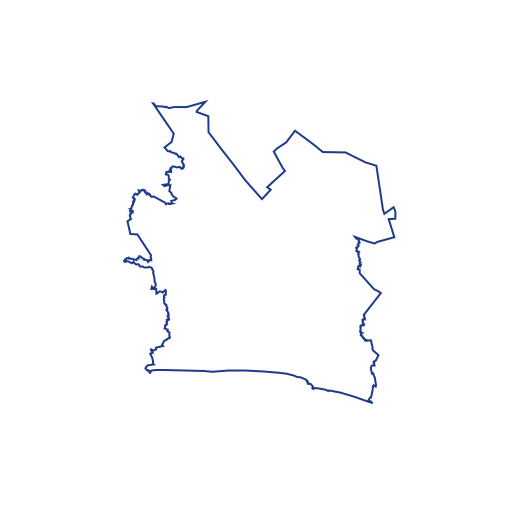 Petatlán, Guerrero, Mexico (Natural Earth projection), rotated 336°
{"feature_id": "50627088B29884383288787", "entity_name": "Petatlán", "entity_type": "district", "adm_level": 2, "iso_a3": "MEX", "parent_name": "Mexico", "parent_adm1": "Guerrero", "projection": "natural_earth1", "projection_center": [-101.255, 17.633], "detail": "fine", "context": "isolated", "style": "outline", "palette": "blue", "viewbox_px": 512, "rotation_deg": 336, "n_neighbors": 0, "source": "geoboundaries", "source_scale": "gbopen_adm2", "svg_char_len": 6142}
<svg xmlns="http://www.w3.org/2000/svg" viewBox="0 0 512 512"><g transform="rotate(336 256 256)"><path d="M402.7,222.5L394.0,214.9L379.9,197.8L359.3,188.2L353.8,177.3L342.6,157.5L329.8,164.5L318.9,166.3L314.7,167.9L316.2,186.5L317.1,190.1L294.2,197.7L296.4,201.4L284.6,206.5L276.9,182.1L272.8,164.0L267.8,144.2L263.0,123.6L269.3,108.9L260.4,100.3L260.8,99.4L272.5,94.5L253.4,91.8L241.5,86.5L237.3,85.7L236.2,85.2L234.6,83.0L233.3,83.0L232.2,81.8L225.6,78.5L224.5,75.0L224.0,74.7L230.6,110.8L225.2,117.5L216.6,119.6L218.0,124.3L219.1,125.1L220.1,125.0L220.6,126.4L221.7,127.6L222.9,128.3L224.0,130.0L224.6,129.9L225.4,131.7L225.8,134.3L227.3,134.3L227.2,134.8L228.2,136.6L229.3,137.3L229.2,137.8L226.7,139.3L226.6,140.2L227.1,142.1L226.8,142.7L227.2,144.0L226.9,144.3L226.4,144.2L226.0,144.8L226.0,145.7L225.3,146.0L224.9,145.8L224.6,146.2L224.2,146.0L223.6,146.2L223.3,146.0L223.0,144.4L222.3,143.5L219.9,143.0L217.5,140.9L216.0,140.2L214.5,141.4L213.7,141.0L213.5,141.4L212.0,142.6L212.8,143.6L213.1,143.6L212.6,144.8L209.6,143.1L208.1,142.9L207.8,143.6L206.8,144.4L206.9,145.0L208.5,145.7L208.9,147.3L207.7,150.2L208.4,151.2L206.8,152.1L205.4,154.7L200.0,153.2L200.8,154.9L203.7,155.3L206.6,156.5L203.2,161.4L204.3,163.8L204.1,165.8L204.6,167.8L206.8,171.1L206.3,171.6L204.5,171.8L201.2,171.3L201.3,171.7L200.1,173.3L200.9,174.0L198.1,173.4L197.7,173.2L197.8,172.5L196.1,171.9L194.8,172.1L194.8,170.6L186.8,160.0L185.1,159.7L184.3,159.1L184.3,157.8L183.9,157.7L183.7,157.2L183.9,156.8L183.2,156.2L183.7,156.0L183.7,155.7L182.7,155.3L182.6,154.4L181.3,155.1L180.5,152.5L181.8,152.8L181.3,152.4L181.4,151.6L180.8,151.0L180.9,150.5L180.4,149.9L178.6,149.2L178.3,149.8L176.9,149.4L175.5,148.4L175.5,150.8L172.5,151.3L172.4,151.6L171.0,149.9L169.8,150.5L170.1,150.2L167.3,152.5L167.5,153.3L167.9,153.7L167.8,154.4L168.4,154.7L167.5,155.9L166.7,155.8L166.6,156.9L166.2,157.3L165.6,156.9L164.4,159.3L163.6,159.2L162.4,160.8L161.5,161.4L161.4,162.0L160.6,161.9L160.9,162.2L160.3,163.3L161.7,164.9L161.1,165.4L161.0,165.9L159.2,164.2L159.0,166.4L158.6,167.0L157.7,166.9L157.1,167.8L156.8,170.0L156.9,171.3L152.7,172.0L150.2,184.9L156.4,188.0L160.4,212.7L159.2,214.2L159.3,215.5L158.5,217.3L157.1,216.3L156.2,216.6L155.8,217.4L154.9,217.5L154.9,215.7L153.2,214.5L152.8,213.5L152.3,213.8L152.0,213.6L151.5,211.6L150.6,210.6L150.1,209.2L149.2,208.7L148.3,209.4L147.7,210.4L147.3,209.8L146.3,210.0L145.3,210.4L145.1,211.1L144.1,210.2L143.0,209.7L142.1,208.4L139.2,207.0L139.1,205.8L137.8,205.9L137.0,205.3L135.6,206.5L135.4,206.6L134.7,206.0L133.3,207.1L133.9,208.1L136.0,208.3L137.0,208.9L138.7,211.1L139.4,211.5L139.8,212.2L141.7,211.5L142.0,213.0L143.1,215.1L144.5,215.3L145.3,215.8L145.8,216.7L145.5,217.6L146.0,218.6L148.3,219.6L149.0,220.7L150.4,221.6L154.7,223.0L155.7,224.1L156.1,225.2L155.7,226.3L156.1,227.0L156.0,228.7L155.3,229.4L154.8,230.9L154.9,231.6L154.7,233.1L154.3,233.9L154.0,235.9L153.6,236.4L153.0,238.3L153.0,241.2L150.2,244.3L149.1,243.3L148.5,241.6L147.0,243.6L151.4,245.5L149.7,249.9L150.7,249.9L153.3,249.1L154.8,249.9L155.8,251.3L159.5,250.3L159.4,251.6L157.7,254.7L156.9,254.2L156.0,254.6L155.3,255.9L155.4,256.8L154.8,256.9L153.9,258.6L153.8,259.9L152.9,262.1L154.2,264.2L153.6,264.7L153.9,265.1L153.8,267.7L152.8,268.0L152.4,268.8L152.8,269.0L152.4,269.6L152.7,269.8L152.6,271.9L152.9,272.1L152.6,272.9L152.1,273.4L152.5,273.8L152.2,274.6L151.1,275.0L151.4,275.3L150.5,276.9L150.5,277.6L151.1,277.5L151.0,278.5L150.2,278.9L149.6,278.2L148.5,278.0L148.0,279.7L147.6,280.4L147.4,280.3L147.2,281.7L146.7,281.6L146.2,282.5L144.8,282.3L144.2,283.9L143.0,285.0L144.7,286.7L144.6,287.1L145.4,287.5L144.5,288.9L145.9,290.5L144.2,293.9L144.2,295.6L140.9,295.7L140.4,296.2L137.8,296.1L134.2,298.8L134.4,300.4L133.2,299.9L132.9,300.1L127.3,299.1L126.7,300.6L124.8,300.8L123.5,300.4L122.3,298.6L121.8,298.8L122.3,302.4L119.7,302.2L119.8,306.8L119.1,310.5L118.0,312.4L118.5,313.5L112.4,311.8L109.8,313.1L109.3,313.6L110.1,316.2L110.4,315.9L110.8,316.1L111.7,317.3L111.3,318.7L111.4,319.6L112.0,319.7L113.5,318.1L114.3,318.2L118.3,319.5L126.8,323.3L161.3,339.7L169.2,344.1L184.0,349.3L200.1,356.5L216.2,364.7L230.5,372.6L235.9,375.9L241.7,380.4L244.4,383.3L247.3,384.9L251.2,389.0L251.2,389.8L251.8,390.2L251.8,391.1L252.1,391.6L251.6,391.8L251.9,393.3L251.4,393.7L252.5,394.6L253.2,394.5L253.9,395.3L254.9,398.3L254.5,399.7L253.7,399.7L253.9,400.5L255.1,400.8L255.3,400.5L256.1,400.6L259.9,402.8L265.5,406.7L267.1,408.8L267.8,408.5L268.3,408.7L277.4,415.0L288.5,424.5L300.0,435.4L300.8,435.8L302.0,437.3L302.3,437.0L301.9,435.8L300.6,434.5L300.1,433.5L302.5,431.9L303.5,432.1L308.5,425.2L310.0,422.3L311.0,422.0L312.2,424.0L313.0,423.1L315.1,415.4L315.0,412.6L315.4,411.0L314.1,410.6L315.3,404.9L317.1,403.2L319.8,404.2L319.8,403.1L320.3,402.2L319.9,401.4L320.8,400.9L320.8,400.3L322.7,400.4L327.6,396.4L324.6,390.1L324.5,388.5L325.3,386.9L326.7,379.7L322.5,378.4L322.8,377.7L322.6,377.4L322.3,377.8L321.2,377.6L321.1,375.6L320.7,375.1L321.1,374.6L320.4,373.8L320.7,372.6L319.9,371.9L320.0,371.1L319.6,370.9L320.3,369.9L321.3,369.7L320.7,369.4L320.9,368.8L320.4,369.0L320.3,368.7L320.5,367.7L320.4,367.2L320.8,367.0L322.2,364.6L322.5,363.3L322.8,363.4L323.3,362.7L323.2,362.4L324.2,362.0L325.8,363.1L326.8,362.9L326.9,361.9L326.3,360.7L326.5,360.5L326.4,360.0L327.2,359.3L327.1,357.7L327.5,357.4L328.9,357.9L329.3,357.4L329.9,358.0L330.2,356.8L330.0,355.6L330.5,355.0L330.3,354.6L330.8,354.1L330.6,353.6L355.0,340.6L353.3,337.9L350.3,334.3L343.7,313.9L345.2,310.7L344.9,310.2L343.5,309.5L345.4,306.9L346.3,307.2L346.9,308.0L348.4,306.5L347.4,306.1L347.3,305.4L349.0,303.8L348.6,303.4L348.4,301.9L349.8,301.4L349.5,298.2L350.5,296.1L350.1,295.9L350.8,294.8L351.8,294.2L351.3,293.7L350.9,294.0L349.9,292.7L350.1,292.6L350.0,291.9L350.6,291.6L351.1,290.3L350.8,289.7L351.1,289.0L352.2,289.2L352.7,288.8L353.7,288.7L354.0,287.9L353.6,286.9L356.0,286.1L356.0,285.4L355.6,285.0L356.3,284.5L355.9,283.8L356.3,283.2L356.1,282.0L354.7,280.9L354.2,278.8L363.8,288.1L369.4,292.8L372.7,292.5L390.0,295.1L392.2,276.3L398.4,278.6L401.3,272.6L401.6,267.4L390.4,269.7L390.9,265.0L402.7,222.5Z" fill="none" stroke="#1e3a8a" stroke-width="2"/></g></svg>